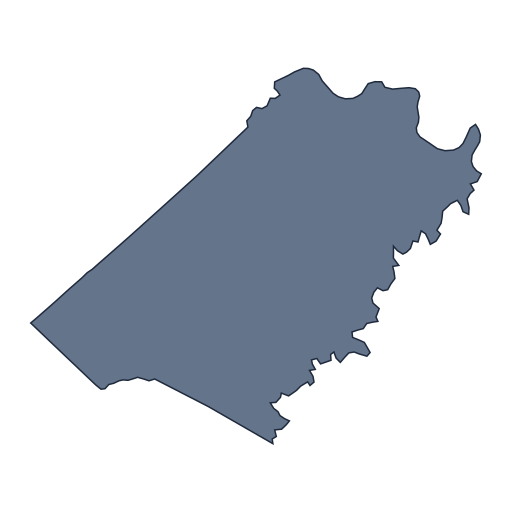 Engenheiro Beltrão, Paraná, Brazil
{"feature_id": "56859067B7078612877165", "entity_name": "Engenheiro Beltrão", "entity_type": "district", "adm_level": 2, "iso_a3": "BRA", "parent_name": "Brazil", "parent_adm1": "Paraná", "projection": "mercator", "projection_center": [-52.222, -23.762], "detail": "fine", "context": "isolated", "style": "filled", "palette": "slate", "viewbox_px": 512, "rotation_deg": 0, "n_neighbors": 0, "source": "geoboundaries", "source_scale": "gbopen_adm2", "svg_char_len": 2345}
<svg xmlns="http://www.w3.org/2000/svg" viewBox="0 0 512 512"><path d="M381.7,81.8L374.9,81.7L368.2,83.6L364.1,89.9L361.8,93.6L357.9,96.1L353.0,98.4L345.3,98.8L338.4,96.8L333.1,93.3L322.3,81.0L318.7,74.4L313.4,70.1L308.5,68.5L303.4,68.3L294.5,71.9L288.5,75.3L280.5,79.1L274.7,81.9L274.3,88.3L277.3,91.1L280.0,95.1L275.2,98.4L270.3,98.2L267.1,105.8L262.0,108.6L256.5,107.4L252.7,110.6L250.7,116.4L246.8,120.8L247.9,127.1L197.3,175.4L161.9,207.4L131.3,234.9L120.8,244.2L99.3,263.0L92.1,269.4L87.2,272.7L82.1,277.7L68.5,289.6L54.5,302.3L40.7,314.4L35.8,318.7L30.7,323.0L51.1,342.5L95.5,384.7L101.0,389.2L105.0,388.7L108.8,384.5L113.7,383.3L119.0,380.8L123.0,379.9L128.0,380.3L132.8,378.9L137.6,377.3L144.0,379.1L149.0,380.8L154.7,379.0L208.2,406.5L272.9,443.7L272.2,439.0L276.3,436.5L274.7,429.9L281.6,429.2L286.4,424.6L289.4,420.9L284.5,418.6L280.0,415.6L278.0,411.7L273.7,408.4L270.3,402.8L275.9,402.4L280.5,397.3L281.3,393.1L288.6,395.9L293.4,392.6L296.6,390.3L300.7,386.1L307.6,381.9L310.0,385.5L314.0,382.1L313.0,376.3L309.5,370.4L315.3,369.4L312.4,364.1L311.5,359.9L316.8,358.5L320.6,363.9L331.0,360.3L330.6,354.5L333.9,352.0L336.1,358.1L340.3,362.4L344.8,357.2L348.8,352.9L354.2,352.0L359.0,353.9L366.9,356.2L370.1,352.5L366.4,346.0L364.3,342.4L359.9,340.4L352.6,337.4L352.0,332.0L358.0,330.0L363.3,328.6L366.7,323.5L373.0,322.1L377.9,321.4L376.0,317.0L379.2,308.6L373.0,303.1L371.7,298.0L373.9,292.2L377.4,287.8L383.0,290.7L387.7,289.7L390.9,283.9L394.9,278.5L394.0,271.8L392.7,266.4L398.8,265.4L393.4,258.1L393.5,253.2L393.5,246.2L397.4,250.7L402.9,254.1L406.5,252.2L410.4,248.5L412.9,241.0L418.0,242.0L419.3,237.2L421.2,230.9L425.5,233.7L428.2,239.2L430.3,244.4L436.1,241.1L440.5,234.0L436.9,230.2L441.1,223.3L442.0,218.0L442.7,211.2L447.7,206.6L450.5,203.7L457.3,200.3L460.9,205.5L463.0,211.7L468.7,214.3L469.0,207.8L467.1,198.8L470.2,193.6L474.0,190.1L470.4,183.9L477.2,181.6L481.3,173.8L476.6,170.9L473.0,166.5L471.4,161.5L472.1,155.0L474.8,150.1L477.4,145.9L479.7,141.7L480.4,135.0L478.5,129.2L475.5,124.4L470.2,128.1L466.2,137.1L463.0,143.5L459.2,147.5L453.5,150.1L445.0,150.7L437.4,148.7L430.3,143.8L419.9,136.8L416.9,132.5L416.3,127.8L418.4,122.3L418.9,117.3L417.2,106.8L418.0,101.9L419.7,96.1L418.7,92.0L415.3,88.7L409.1,87.7L401.0,88.3L392.7,89.1L384.9,87.3L381.7,81.8Z" fill="#64748b" stroke="#1e293b" stroke-width="1.5"/></svg>